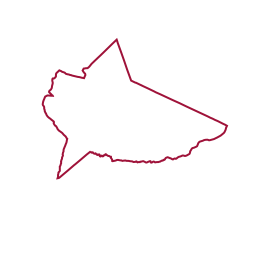 outline of Mandera South, North-Eastern, Kenya, rotated 295°
{"feature_id": "3690345B27349371945501", "entity_name": "Mandera South", "entity_type": "district", "adm_level": 2, "iso_a3": "KEN", "parent_name": "Kenya", "parent_adm1": "North-Eastern", "projection": "mercator", "projection_center": [40.637, 2.72], "detail": "fine", "context": "isolated", "style": "outline", "palette": "rose", "viewbox_px": 256, "rotation_deg": 295, "n_neighbors": 0, "source": "geoboundaries", "source_scale": "gbopen_adm2", "svg_char_len": 5653}
<svg xmlns="http://www.w3.org/2000/svg" viewBox="0 0 256 256"><g transform="rotate(295 128 128)"><path d="M163.1,62.7L160.9,62.6L160.2,63.7L159.5,65.0L159.1,66.2L158.0,67.0L156.3,67.0L154.6,67.1L154.5,66.7L154.3,65.9L154.0,64.8L153.8,63.5L153.5,62.1L153.1,60.9L152.4,57.5L151.9,55.1L151.9,54.3L151.8,54.0L151.8,53.8L151.6,53.2L151.5,52.2L151.5,51.7L151.2,50.8L151.1,50.2L151.0,49.8L150.9,49.1L150.9,48.7L151.1,48.1L151.3,47.6L151.4,47.3L151.3,45.9L151.1,44.8L151.1,44.3L151.3,43.6L151.2,41.4L149.4,40.7L147.7,40.0L146.9,39.9L146.4,40.0L146.2,40.0L145.5,40.4L144.7,40.6L144.2,40.9L143.7,40.8L143.4,40.8L143.2,40.7L142.0,40.3L141.8,40.0L141.4,39.7L141.3,39.3L141.1,38.9L140.5,38.8L140.3,38.8L140.1,38.9L139.0,39.3L138.3,39.8L137.6,40.4L136.9,40.8L136.2,41.0L134.0,41.4L132.4,41.9L131.8,42.0L130.5,41.9L129.8,41.7L128.7,41.1L128.0,41.1L127.3,41.2L127.0,41.7L126.7,42.5L126.4,43.3L126.1,44.2L125.7,45.0L125.6,45.7L125.5,46.1L125.4,46.2L125.3,45.9L125.1,45.5L124.5,44.0L123.6,41.5L123.3,41.0L122.8,40.8L121.7,39.8L121.5,39.7L120.9,39.7L120.0,39.7L119.0,39.8L117.9,39.8L116.8,39.9L115.9,40.0L114.8,40.3L113.7,40.6L113.1,40.9L112.6,41.5L112.3,42.2L111.6,43.1L111.1,43.4L110.5,43.7L110.0,43.9L109.7,44.2L109.4,44.6L108.9,45.0L108.2,45.3L107.8,45.8L107.5,46.1L106.9,46.7L106.7,47.3L106.4,47.7L106.3,47.8L106.0,48.0L105.8,48.2L105.6,48.4L105.5,48.5L104.9,49.5L104.5,50.1L104.2,51.0L103.9,51.9L103.7,53.0L103.5,54.0L103.2,54.9L102.8,56.7L102.6,57.4L102.5,57.9L102.2,58.3L101.8,58.5L101.2,58.5L100.7,58.8L100.4,59.2L100.0,59.8L99.7,60.3L99.5,60.7L99.3,61.1L99.3,61.6L99.2,62.2L98.9,62.6L98.6,63.0L98.3,63.4L97.9,64.0L97.4,64.5L97.1,64.9L96.4,66.7L96.2,68.0L95.7,70.5L94.7,72.6L94.0,75.0L93.5,75.8L92.6,77.1L92.5,77.5L91.8,77.6L91.3,77.7L90.6,77.9L89.9,78.1L89.1,78.3L88.9,78.3L88.5,78.4L87.8,78.4L87.0,78.4L86.7,78.4L86.5,78.5L86.2,78.5L85.1,78.6L84.0,78.6L82.2,78.7L81.6,78.7L81.2,78.8L80.6,79.0L80.1,79.2L79.6,79.4L79.4,79.5L79.2,79.5L78.7,79.5L78.2,79.5L77.9,79.6L77.0,79.8L76.3,80.0L76.0,80.4L75.7,80.6L75.2,80.7L74.9,80.7L74.5,80.7L73.4,80.7L73.1,80.8L72.5,81.1L72.0,81.2L71.3,81.2L70.7,81.2L70.1,81.4L69.8,81.5L69.5,81.4L69.2,81.6L68.7,81.8L68.4,82.0L68.2,82.1L67.8,82.3L67.1,82.3L66.7,82.4L65.9,82.5L65.5,82.6L65.0,82.6L64.5,82.5L64.1,82.5L63.7,82.7L63.4,82.9L62.8,83.2L62.3,83.4L62.0,83.5L60.9,84.1L60.4,84.3L60.0,84.3L59.6,84.2L58.9,84.0L58.8,83.9L58.4,83.8L58.0,83.9L57.9,83.9L57.2,84.2L56.6,84.3L55.9,84.4L55.5,84.6L54.9,84.9L54.2,85.2L53.5,85.3L52.7,85.4L53.2,86.1L53.8,86.7L63.9,91.4L71.9,95.0L72.4,95.3L77.1,97.5L86.5,101.8L90.3,103.7L90.2,104.1L90.3,104.6L90.5,105.0L90.7,105.4L90.4,105.7L90.5,105.9L90.8,106.1L91.0,106.4L90.7,107.0L90.5,107.5L90.5,108.0L90.5,108.5L90.7,108.8L91.0,109.0L91.3,109.3L91.2,109.7L90.9,110.1L90.8,110.5L90.9,111.0L91.1,111.4L91.1,111.6L90.7,111.8L90.9,112.2L91.7,112.7L91.9,113.2L91.6,113.7L91.4,113.8L91.1,114.0L90.8,114.1L90.7,114.2L90.5,114.5L90.5,114.9L90.7,115.3L91.2,115.4L91.7,115.6L91.8,116.0L91.8,116.4L91.6,117.0L92.0,117.5L92.4,117.6L92.8,117.5L93.2,117.8L93.5,118.4L94.1,118.5L94.5,118.6L94.8,118.9L94.5,119.2L94.4,119.8L94.5,120.5L94.5,120.8L94.3,121.2L94.4,122.2L94.6,122.7L94.6,123.1L94.5,123.7L94.5,124.2L94.7,124.7L94.3,125.0L94.2,125.0L93.7,125.1L93.4,125.6L92.9,126.6L92.5,127.1L91.8,127.4L91.4,127.6L91.4,128.0L92.0,128.9L92.4,129.4L93.0,130.2L93.5,130.8L94.0,131.1L94.6,131.9L94.9,132.6L95.1,133.5L95.3,134.3L95.5,135.0L95.8,135.6L95.8,136.3L95.8,136.7L95.9,136.9L96.5,137.7L96.9,138.5L97.3,139.0L97.5,139.6L97.5,140.3L97.8,140.8L98.0,141.4L98.2,142.0L98.5,142.5L98.6,143.0L98.7,143.6L99.0,144.5L99.2,145.1L99.5,145.7L99.5,146.6L99.5,147.3L99.8,147.8L100.0,148.3L100.3,148.8L100.7,149.3L101.2,149.5L101.3,149.9L101.2,150.2L100.9,150.7L100.9,151.2L101.4,151.7L101.7,152.2L101.9,152.7L102.1,153.2L102.7,153.4L102.9,154.0L103.2,154.3L103.8,155.0L104.2,155.6L104.4,156.0L104.4,156.4L104.4,157.1L104.4,157.9L104.3,158.5L104.4,159.1L104.8,159.7L105.9,160.6L107.3,162.0L107.3,162.5L106.7,163.0L106.4,163.6L106.8,164.2L107.8,164.8L108.3,165.2L108.5,165.7L108.4,166.5L108.3,167.1L108.6,167.5L108.9,167.9L109.3,168.6L109.6,169.2L110.0,170.0L110.5,170.5L110.9,170.9L111.3,171.5L112.0,171.9L112.6,172.3L113.0,173.1L113.6,173.6L114.1,173.6L114.4,174.0L114.5,174.4L115.1,174.7L115.9,174.7L116.4,174.8L116.9,175.0L117.3,175.3L117.9,175.9L118.3,176.4L118.4,178.9L118.6,179.4L118.5,180.0L118.4,180.7L118.4,181.3L118.5,182.0L119.0,182.2L119.5,182.7L119.9,183.0L120.2,183.4L120.3,184.4L121.1,185.0L121.9,185.3L122.6,185.7L123.4,186.3L124.1,187.2L124.6,187.7L125.2,188.3L125.9,188.8L126.3,189.4L126.6,190.4L126.6,191.0L126.8,191.5L127.1,192.0L127.9,192.8L129.0,193.6L130.4,194.6L130.9,194.7L131.7,194.6L132.3,194.5L132.8,194.3L133.4,194.2L134.1,194.4L134.7,194.4L135.7,194.5L136.4,194.6L137.1,195.0L138.1,196.2L139.6,197.5L140.2,198.0L140.8,198.3L143.0,198.2L143.7,198.1L144.4,198.2L145.2,198.4L145.9,198.8L146.5,199.4L147.2,200.2L148.2,201.3L148.9,201.8L149.9,203.0L150.8,204.6L151.0,205.1L151.1,206.0L151.1,206.6L151.6,207.4L154.3,210.6L156.3,212.2L157.0,212.8L160.3,215.2L162.8,216.4L164.1,217.0L165.2,217.2L167.6,217.2L168.8,217.0L169.5,216.8L170.7,216.8L171.8,216.8L172.0,214.9L172.0,212.4L172.1,209.4L172.2,206.3L172.1,203.5L172.2,200.8L172.1,198.2L172.2,195.5L172.2,192.6L172.2,189.9L172.2,187.1L172.2,181.4L172.2,178.8L172.2,171.4L172.3,164.4L172.2,157.2L172.2,153.1L172.2,150.2L172.2,143.3L172.1,137.9L172.2,136.6L172.3,129.5L172.3,124.0L172.4,116.0L172.2,115.5L172.3,110.8L173.8,109.3L180.5,102.6L187.5,95.9L194.1,89.4L200.8,82.7L202.5,81.2L203.3,80.4L197.4,78.1L185.4,73.6L170.9,67.9L167.2,67.0L165.2,66.1L164.8,65.4L164.4,64.6L163.6,63.5L163.1,62.7Z" fill="none" stroke="#9f1239" stroke-width="2"/></g></svg>